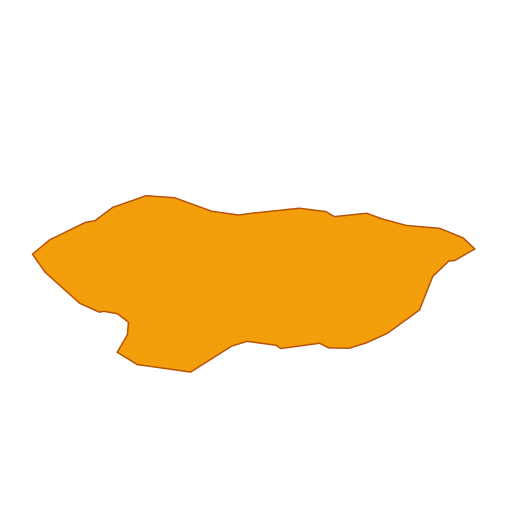 Jocotenango, Sacatepéquez, Guatemala, rotated 229°
{"feature_id": "79465075B20964806196125", "entity_name": "Jocotenango", "entity_type": "district", "adm_level": 2, "iso_a3": "GTM", "parent_name": "Guatemala", "parent_adm1": "Sacatepéquez", "projection": "robinson", "projection_center": [-90.734, 14.586], "detail": "fine", "context": "isolated", "style": "filled", "palette": "amber", "viewbox_px": 512, "rotation_deg": 229, "n_neighbors": 0, "source": "geoboundaries", "source_scale": "gbopen_adm2", "svg_char_len": 681}
<svg xmlns="http://www.w3.org/2000/svg" viewBox="0 0 512 512"><g transform="rotate(229 256 256)"><path d="M404.0,88.5L382.1,86.2L336.0,91.9L316.4,100.9L314.0,105.0L303.2,113.6L289.7,116.3L280.9,107.2L274.4,88.1L252.0,95.1L211.3,130.5L204.0,178.4L197.5,193.2L175.6,212.5L169.9,214.0L148.4,246.8L139.1,250.5L125.3,265.8L118.4,281.3L111.5,304.2L108.0,344.0L124.7,376.1L125.7,398.3L122.3,402.8L117.8,425.8L133.7,424.2L156.4,412.8L180.4,389.5L201.5,375.4L215.6,367.6L234.3,341.0L243.6,337.9L263.7,320.0L291.2,280.6L298.4,269.7L318.9,251.9L353.5,232.7L373.7,212.5L386.7,179.7L388.3,157.7L393.4,148.9L403.6,110.7L404.0,88.5Z" fill="#f59e0b" stroke="#b45309" stroke-width="1.5"/></g></svg>